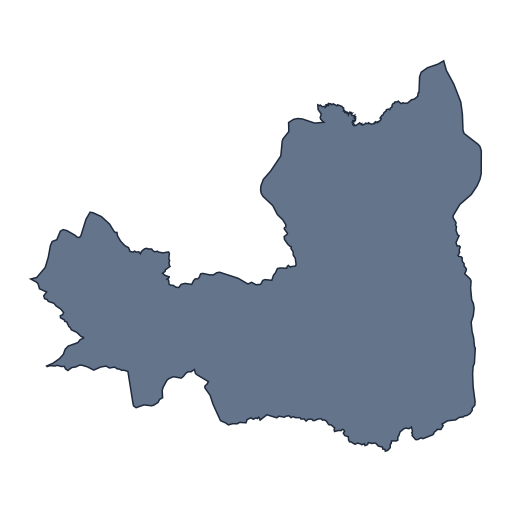 outline of San Martin, San Martín, Peru
{"feature_id": "86281439B4761836687342", "entity_name": "San Martin", "entity_type": "district", "adm_level": 2, "iso_a3": "PER", "parent_name": "Peru", "parent_adm1": "San Martín", "projection": "orthographic", "projection_center": [-75.887, -6.437], "detail": "fine", "context": "isolated", "style": "filled", "palette": "slate", "viewbox_px": 512, "rotation_deg": 0, "n_neighbors": 0, "source": "geoboundaries", "source_scale": "gbopen_adm2", "svg_char_len": 6056}
<svg xmlns="http://www.w3.org/2000/svg" viewBox="0 0 512 512"><path d="M288.6,122.5L288.8,131.6L282.9,139.0L282.2,141.2L280.8,155.9L270.7,171.0L263.4,179.3L260.9,185.9L260.6,190.1L261.2,193.3L263.1,196.5L272.7,205.5L277.4,214.6L282.9,220.0L285.8,224.7L285.9,226.9L284.5,227.7L284.2,228.8L287.5,233.3L287.2,234.2L284.1,236.7L284.5,239.5L287.7,244.1L290.1,246.4L291.3,246.7L291.0,248.6L293.1,251.7L293.2,255.1L295.2,258.0L296.1,264.4L295.5,266.0L291.1,266.6L290.3,267.2L288.4,265.4L287.4,266.2L286.7,268.2L280.2,268.0L277.4,268.5L275.4,272.9L273.5,275.2L271.8,280.3L265.0,279.6L262.8,280.4L260.6,284.4L255.9,284.7L251.6,282.3L247.9,284.0L238.2,278.3L219.5,272.2L216.6,272.8L213.3,274.9L209.4,274.8L202.8,273.4L200.6,273.9L199.2,277.4L197.8,278.8L195.1,278.9L193.6,280.6L191.7,284.4L185.1,283.4L181.2,284.3L178.8,287.5L176.0,287.2L173.3,285.4L170.2,285.0L168.9,283.9L168.8,281.0L168.0,279.3L167.0,279.0L169.1,277.6L169.2,276.8L165.1,275.4L162.5,273.3L165.2,271.3L165.3,269.9L170.1,266.4L169.4,265.5L169.0,262.6L169.6,260.4L168.8,258.9L169.4,253.2L168.4,251.9L163.0,252.9L158.5,252.1L157.5,251.2L154.8,251.8L153.1,250.9L151.6,249.0L147.7,248.9L146.9,248.3L144.8,248.7L143.0,250.0L141.3,251.6L140.4,253.8L138.8,251.8L136.1,252.1L134.6,251.1L133.1,252.1L130.1,251.5L128.5,247.6L124.9,245.7L120.5,241.0L117.5,235.9L117.0,232.4L115.2,232.4L114.0,231.3L109.5,224.0L101.4,216.6L93.2,212.8L90.1,212.2L86.0,219.2L80.9,235.7L79.7,237.3L77.5,237.4L74.9,235.2L66.9,230.6L63.2,229.6L60.3,231.2L56.8,239.7L52.2,241.5L50.4,245.5L48.3,257.1L45.2,267.5L36.7,277.5L30.7,279.0L36.6,282.2L38.1,283.9L39.5,288.8L46.6,292.0L43.7,295.8L44.6,298.7L47.1,299.5L48.3,301.4L54.0,303.3L56.0,305.9L60.8,309.1L63.6,312.6L62.8,314.5L60.3,315.8L60.5,317.8L64.3,319.9L64.8,321.4L66.6,321.8L68.9,326.6L70.2,327.6L71.3,329.8L76.7,332.3L81.3,336.7L82.9,336.9L83.6,338.0L80.1,339.7L77.9,342.6L68.3,346.0L65.2,349.2L63.3,354.4L59.5,358.6L52.9,363.3L46.6,366.0L47.2,366.6L49.9,365.7L55.1,366.0L57.2,365.3L61.2,366.5L64.3,366.4L65.6,369.0L67.9,370.5L71.9,367.5L75.7,367.0L79.4,365.2L81.8,365.2L87.5,366.9L93.8,370.1L100.7,367.0L106.2,366.1L109.5,368.0L114.6,367.1L117.4,369.0L118.9,368.9L121.7,370.3L123.9,370.2L127.9,371.4L133.2,404.8L133.8,406.1L136.1,407.7L144.0,404.9L151.6,405.8L153.7,405.2L158.0,402.5L159.6,399.4L162.6,397.8L162.2,390.4L163.2,387.1L166.8,380.5L168.7,378.7L173.4,376.7L181.2,378.1L183.3,376.5L185.9,373.2L188.2,371.8L191.0,371.8L194.4,369.5L195.5,373.5L196.9,374.7L208.4,381.6L207.1,384.0L204.9,386.1L204.9,387.9L210.1,395.3L213.0,404.2L220.5,420.7L225.4,422.8L228.4,424.9L232.7,423.7L237.3,423.8L239.6,422.4L246.0,422.8L247.1,419.6L251.0,417.8L253.3,419.3L255.8,418.0L257.5,418.6L258.5,417.2L259.3,417.7L260.1,420.1L266.9,414.8L276.8,417.8L279.0,416.2L284.4,417.2L286.0,416.2L289.2,415.8L291.0,417.7L293.0,416.6L295.7,417.7L299.9,417.6L301.0,419.1L304.0,418.9L306.1,421.1L308.3,419.2L311.9,419.2L313.0,420.5L314.1,420.7L318.4,418.9L321.2,418.8L322.5,420.2L324.2,419.9L326.3,421.0L328.7,424.6L331.2,425.0L334.6,427.8L334.1,429.9L334.6,431.5L338.5,430.5L341.2,430.6L342.3,429.3L343.5,429.7L344.6,431.2L343.3,433.1L344.7,435.5L348.3,436.8L348.6,440.2L349.6,441.9L350.8,441.8L355.0,444.3L357.6,443.1L360.7,443.9L361.7,444.8L364.2,443.7L365.0,445.6L367.5,444.6L368.4,442.6L371.9,443.5L374.6,443.0L376.0,443.5L378.3,446.1L382.5,447.1L382.7,449.0L385.0,449.4L385.3,451.2L387.7,450.4L390.2,447.7L390.3,444.4L391.2,443.5L391.6,440.9L396.5,440.9L397.8,440.1L397.8,436.9L398.8,435.8L400.0,432.0L403.8,428.8L405.9,428.1L409.1,428.7L411.4,427.1L412.5,431.2L411.7,432.8L412.6,434.5L412.1,435.5L415.5,439.5L417.2,439.7L421.3,437.8L422.9,438.7L432.5,434.9L433.8,433.8L433.9,432.4L436.8,430.2L437.0,429.4L440.9,429.5L443.2,425.7L442.1,424.1L447.6,420.8L455.6,419.9L459.2,417.4L463.4,416.9L464.6,415.8L466.7,415.6L470.0,413.6L472.2,410.4L472.2,408.3L474.8,405.2L475.1,401.7L473.1,386.4L472.6,373.6L473.1,366.6L474.4,363.3L475.3,348.0L474.5,346.6L473.6,337.7L472.0,331.1L471.2,322.1L473.3,315.6L474.1,308.3L473.4,303.7L471.7,299.8L470.6,288.0L471.1,281.1L470.2,279.0L464.6,273.6L466.1,270.9L466.4,268.8L464.1,266.0L464.1,263.7L462.3,261.4L462.1,257.6L461.3,256.9L458.6,256.3L458.0,255.4L459.6,252.5L459.2,249.9L460.3,246.9L459.2,245.9L457.1,246.0L456.0,242.6L459.1,235.7L457.6,234.7L456.0,230.3L456.5,226.6L455.5,225.1L456.1,222.8L453.2,217.8L453.0,215.9L459.9,204.4L471.3,194.5L477.1,185.8L479.9,179.5L481.2,173.8L481.3,150.8L480.0,146.6L478.2,144.4L464.1,133.5L463.0,130.3L462.4,114.1L460.8,102.1L453.8,84.1L446.4,70.5L443.7,60.8L437.8,64.2L427.5,67.7L421.2,72.2L419.6,76.7L419.0,92.3L418.2,92.8L417.6,96.4L414.3,99.1L411.5,99.7L407.5,103.1L404.0,103.3L403.1,102.7L400.9,103.6L398.2,101.1L397.2,101.9L394.8,102.0L394.5,103.1L393.2,103.4L392.0,105.3L392.1,106.8L390.4,108.1L389.8,109.6L388.5,109.1L386.4,109.7L386.0,111.1L384.1,112.5L382.9,115.1L381.8,115.5L380.1,118.0L381.1,118.4L380.7,120.0L378.9,121.5L378.5,120.9L378.6,121.9L377.8,121.8L377.3,122.7L375.9,121.8L375.5,122.6L375.1,122.1L374.3,122.7L373.8,123.9L371.0,124.1L368.6,122.8L368.4,123.5L365.4,123.2L365.1,124.0L362.3,125.0L361.2,124.3L361.6,123.6L360.2,123.8L359.7,122.8L355.9,125.5L355.0,125.5L354.6,124.8L353.9,125.6L352.8,124.5L353.6,123.1L352.2,122.4L353.3,121.5L353.0,120.8L354.0,121.2L353.5,120.1L354.5,121.0L354.9,120.1L355.4,120.4L355.6,118.6L354.4,118.0L355.4,117.7L354.8,117.1L355.4,116.5L354.1,116.1L354.5,115.3L353.7,115.7L351.8,115.3L351.6,114.0L352.2,113.3L351.6,113.4L351.4,112.7L350.6,113.2L350.4,112.3L349.7,112.1L348.5,114.6L348.4,113.0L347.1,113.4L347.2,112.4L346.2,112.7L346.1,112.0L345.3,112.3L345.3,111.7L344.6,112.1L344.5,111.0L343.5,110.9L344.0,110.2L343.3,108.6L343.7,108.2L341.5,106.2L337.6,104.8L336.9,105.8L333.2,103.8L333.0,104.4L331.1,104.5L331.0,103.9L328.5,103.4L328.0,104.1L328.6,104.2L328.5,105.5L327.1,105.2L327.1,104.6L326.0,104.8L326.5,106.2L325.3,107.2L325.4,106.2L322.3,106.7L320.3,105.1L319.7,105.6L317.8,104.8L318.1,109.5L321.3,114.1L320.2,117.4L320.7,119.3L323.9,122.3L314.6,123.1L302.5,119.0L297.9,118.5L293.7,119.3L288.6,122.5Z" fill="#64748b" stroke="#1e293b" stroke-width="1.5"/></svg>